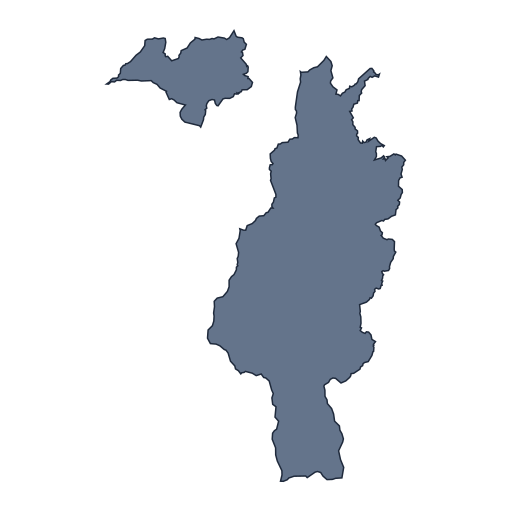 outline of Ocaña, Norte de Santander, Colombia
{"feature_id": "7082276B12484805764820", "entity_name": "Ocaña", "entity_type": "district", "adm_level": 2, "iso_a3": "COL", "parent_name": "Colombia", "parent_adm1": "Norte de Santander", "projection": "albers", "projection_center": [-73.373, 8.221], "detail": "fine", "context": "isolated", "style": "filled", "palette": "slate", "viewbox_px": 512, "rotation_deg": 0, "n_neighbors": 0, "source": "geoboundaries", "source_scale": "gbopen_adm2", "svg_char_len": 5966}
<svg xmlns="http://www.w3.org/2000/svg" viewBox="0 0 512 512"><path d="M288.0,142.2L282.2,142.6L280.3,144.0L278.3,144.1L276.9,148.0L275.0,148.7L274.5,150.2L270.2,153.9L270.4,158.4L271.2,161.5L273.0,163.5L272.4,164.6L270.2,164.8L269.4,167.8L269.4,169.4L271.2,171.2L270.6,173.9L271.1,178.8L270.5,180.3L275.9,194.4L275.9,197.2L274.3,198.0L273.4,202.2L271.9,204.2L271.9,206.6L273.0,208.1L270.8,208.0L268.0,212.3L266.2,212.7L263.8,215.7L259.2,216.1L256.4,218.4L255.5,220.5L252.2,223.6L247.2,225.6L245.7,230.2L243.6,230.2L239.8,228.8L240.2,230.6L239.0,238.3L236.1,243.7L238.6,252.4L238.2,256.4L237.2,258.5L237.8,262.4L237.2,264.7L237.8,265.8L236.4,267.2L236.4,269.8L234.0,274.6L231.5,276.6L229.1,280.2L229.1,286.8L227.4,291.4L222.9,296.7L217.2,298.1L214.2,301.3L214.5,306.7L213.6,313.1L214.1,316.1L213.8,321.1L212.4,325.7L208.1,330.0L207.5,338.2L210.4,343.6L216.1,344.1L219.9,345.8L224.2,349.5L226.0,350.2L228.1,353.0L230.5,361.2L234.8,365.9L235.5,368.9L238.4,370.7L240.8,373.9L241.7,372.8L244.1,372.4L245.4,371.4L252.3,373.2L256.2,375.6L261.2,374.0L263.7,377.5L265.7,377.9L269.2,381.0L271.6,389.8L273.3,393.6L271.9,397.9L272.7,404.3L276.0,406.8L275.0,417.1L278.6,421.2L276.6,429.2L274.4,430.7L272.6,433.2L272.2,439.2L275.6,447.8L275.7,454.9L277.3,461.0L281.9,470.7L282.0,475.0L280.5,481.2L283.4,481.3L287.3,479.7L288.8,478.0L294.1,476.2L305.7,476.0L307.2,477.6L315.2,472.1L317.5,471.5L320.7,472.5L323.0,476.1L327.0,479.6L332.4,479.4L335.6,478.3L341.9,477.9L343.7,467.4L340.5,459.6L338.6,450.8L342.7,442.0L343.4,438.9L341.9,433.7L339.9,430.2L339.4,425.9L334.6,421.2L333.6,414.0L331.6,408.5L327.4,403.6L327.0,399.8L325.0,396.4L324.9,390.1L323.9,386.2L324.5,384.8L328.5,382.4L330.2,379.4L332.8,378.0L335.5,378.3L341.0,383.0L345.8,380.9L349.7,377.4L350.7,375.8L351.1,373.6L353.7,373.3L359.9,369.2L360.6,366.9L362.6,365.7L363.1,363.6L364.6,362.5L368.2,361.6L371.9,355.5L372.9,351.8L373.6,351.4L373.9,347.3L373.2,346.0L373.9,345.2L373.4,344.3L375.5,341.6L371.9,339.4L371.0,334.9L368.6,332.1L366.4,331.8L365.1,333.4L362.5,332.4L360.2,330.6L361.5,327.9L360.2,327.3L361.0,323.3L360.8,316.8L359.8,313.3L360.3,311.5L359.6,304.6L366.5,302.1L369.4,299.5L370.1,297.8L371.4,298.2L373.1,295.9L373.6,293.0L375.0,291.4L374.6,289.4L375.5,288.5L376.2,288.1L378.7,289.0L380.2,288.5L381.2,285.2L382.1,285.2L381.7,283.3L382.7,281.1L381.5,280.6L382.5,278.4L382.8,275.6L383.6,274.8L382.3,273.3L381.8,271.5L383.2,270.7L384.3,271.2L388.5,270.5L389.6,268.6L389.5,266.5L390.7,262.3L393.2,258.7L393.4,256.4L395.8,252.1L394.5,251.1L394.2,249.4L394.5,241.6L392.3,239.4L388.3,239.0L387.0,239.7L383.3,238.2L381.1,235.4L382.0,234.9L382.4,232.7L380.5,231.0L379.1,227.1L376.3,225.5L375.3,224.2L376.6,222.7L381.8,220.5L383.5,221.0L384.7,219.4L388.0,218.9L391.5,216.3L395.4,214.9L396.0,209.7L397.9,207.9L397.6,206.3L399.3,204.6L399.6,202.0L397.8,200.3L400.2,198.0L401.2,194.3L402.4,192.6L402.2,189.5L398.5,186.3L398.6,180.5L400.0,177.9L402.1,177.2L401.0,174.0L402.3,169.5L401.8,167.1L403.7,164.8L403.7,162.4L405.4,160.2L401.6,156.0L396.0,154.1L395.3,154.9L393.9,153.9L389.9,156.4L386.9,156.7L388.1,157.9L385.5,160.5L385.1,158.8L383.4,159.0L384.6,157.2L383.6,155.8L381.2,157.9L374.4,160.0L376.4,156.5L376.4,153.4L375.7,151.9L376.5,146.7L380.5,146.4L382.0,145.4L383.3,146.9L384.3,145.6L380.6,143.6L377.9,141.0L376.2,138.0L374.3,137.3L368.7,141.2L369.7,138.6L367.1,139.8L366.0,142.1L364.0,142.6L362.7,141.1L362.3,143.2L360.5,143.0L358.1,139.6L358.3,137.4L356.6,135.9L356.7,134.1L357.6,133.2L357.5,130.9L355.1,128.9L355.1,127.3L352.8,124.6L352.9,121.8L351.6,119.7L353.3,117.8L349.7,111.4L352.0,111.0L351.7,108.9L353.0,107.2L353.8,104.2L357.4,103.1L357.8,100.6L359.1,100.6L359.3,95.5L361.7,93.0L361.2,92.0L361.6,89.7L365.1,85.7L364.5,81.1L367.9,79.5L368.0,78.6L370.2,76.4L372.1,77.3L374.7,75.9L378.5,77.1L379.4,74.1L378.2,74.9L375.9,74.3L374.5,72.3L373.6,72.0L373.8,70.8L371.9,68.4L370.1,68.5L358.6,78.8L357.8,81.8L356.2,83.9L355.2,84.0L354.3,85.3L351.8,86.8L349.7,86.2L349.4,88.4L346.2,89.7L344.8,92.1L342.4,93.2L340.5,95.9L338.2,94.4L335.9,94.1L337.0,89.9L332.9,86.8L330.4,83.1L330.7,80.9L332.9,77.9L330.9,70.6L332.2,65.8L330.9,61.5L326.3,56.5L323.9,60.4L317.5,66.8L313.8,67.7L309.8,69.9L307.9,71.9L301.3,72.3L300.4,71.6L300.9,75.0L300.2,78.8L300.6,82.1L297.5,91.8L295.3,107.3L295.4,109.6L296.4,110.8L296.6,113.0L295.2,117.6L297.0,125.2L297.4,133.0L298.2,135.0L298.0,137.7L294.3,137.6L292.4,139.0L289.8,139.2L288.0,142.2ZM185.4,105.0L181.8,109.2L180.1,112.4L180.3,116.2L181.8,119.2L184.9,122.1L199.5,125.7L200.7,127.1L203.5,119.7L203.7,117.1L205.3,114.5L205.7,110.7L205.0,109.8L206.8,108.2L206.3,105.9L206.8,103.7L208.8,100.7L212.0,99.5L214.5,100.0L215.3,103.4L216.8,105.5L218.1,105.8L223.0,98.9L225.1,98.3L229.7,98.4L233.3,96.6L234.5,93.8L237.1,94.1L237.5,93.7L237.2,93.0L238.1,93.4L238.1,94.5L238.6,92.8L239.5,93.0L240.3,91.8L241.3,91.7L242.1,89.8L247.2,89.7L251.3,86.6L252.5,82.4L249.0,78.5L247.9,78.5L248.1,76.6L244.8,75.6L243.4,74.3L246.3,73.3L247.9,71.7L248.2,67.1L247.6,65.8L246.7,66.4L246.2,64.2L240.7,57.9L243.0,55.5L242.5,52.5L241.4,51.9L242.8,50.0L244.9,49.3L246.4,44.3L244.2,42.2L243.3,38.7L242.0,37.8L237.5,37.2L236.1,36.2L234.0,30.7L229.5,37.7L226.7,39.5L224.4,38.1L218.0,37.0L214.0,38.9L212.0,38.5L209.6,39.4L206.6,39.2L201.9,40.0L199.1,38.5L195.1,37.5L194.9,39.2L190.4,42.9L187.1,48.0L181.2,50.6L180.7,53.2L179.0,55.3L179.1,57.0L178.4,58.5L171.7,60.8L167.7,56.3L165.8,56.7L165.2,55.9L165.2,53.9L163.1,52.5L164.7,48.6L165.8,42.3L165.2,38.5L163.4,38.0L158.4,38.9L154.5,37.8L152.4,39.1L147.3,39.2L145.1,40.5L144.7,45.7L140.3,52.0L136.1,55.2L130.5,61.6L127.4,63.6L125.8,63.7L124.9,65.2L123.4,65.4L120.7,68.5L120.3,73.4L118.5,75.1L118.7,76.3L117.9,77.4L116.8,78.1L112.9,78.3L110.8,79.9L110.0,81.6L106.6,84.0L108.6,84.1L111.3,81.7L114.6,81.9L116.6,80.3L120.5,80.5L122.7,79.5L125.4,79.5L128.0,80.4L137.6,80.2L141.3,81.0L151.2,80.6L153.2,82.6L157.1,84.4L160.1,88.0L166.5,91.3L166.0,92.1L169.3,99.5L171.6,98.7L174.1,100.0L176.9,102.7L185.4,105.0Z" fill="#64748b" stroke="#1e293b" stroke-width="1.5"/></svg>